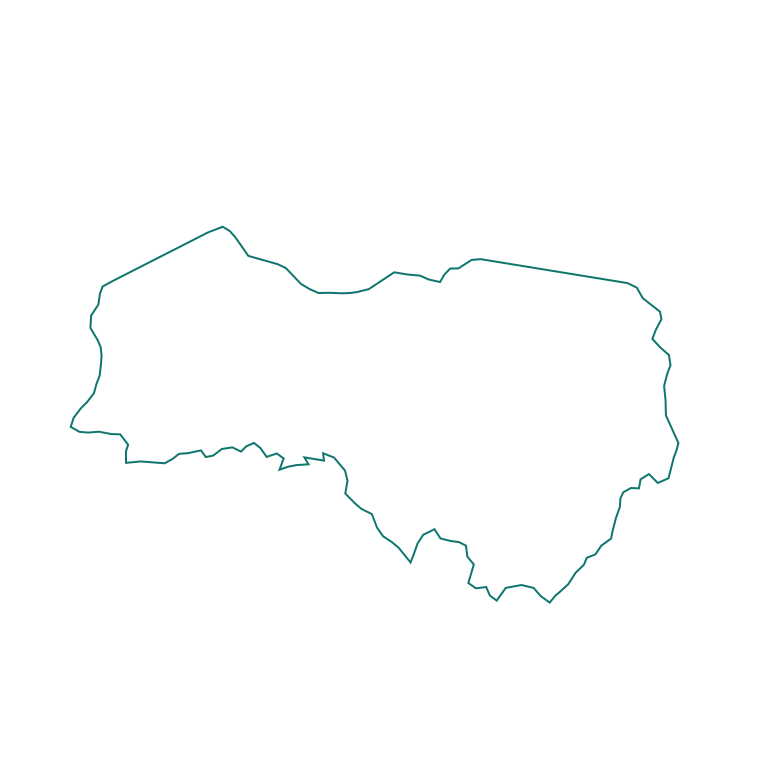 Rio Quente, Goiás, Brazil (Robinson projection), rotated 288°
{"feature_id": "56859067B50807905411121", "entity_name": "Rio Quente", "entity_type": "district", "adm_level": 2, "iso_a3": "BRA", "parent_name": "Brazil", "parent_adm1": "Goiás", "projection": "robinson", "projection_center": [-48.799, -17.825], "detail": "fine", "context": "isolated", "style": "outline", "palette": "teal", "viewbox_px": 768, "rotation_deg": 288, "n_neighbors": 0, "source": "geoboundaries", "source_scale": "gbopen_adm2", "svg_char_len": 1921}
<svg xmlns="http://www.w3.org/2000/svg" viewBox="0 0 768 768"><g transform="rotate(288 384 384)"><path d="M418.9,682.2L441.3,661.8L455.8,656.7L468.7,651.0L481.5,650.2L490.3,650.7L499.6,646.0L504.3,635.1L509.8,625.3L519.5,625.8L531.4,627.8L538.1,624.1L541.9,613.5L545.6,603.6L553.8,594.6L555.2,584.3L532.6,437.4L529.1,429.0L516.9,419.0L514.3,411.3L506.5,407.5L498.3,405.8L497.2,394.2L498.2,384.8L495.3,372.0L493.4,359.2L469.6,340.3L463.2,330.1L459.9,323.3L457.0,315.1L453.9,304.0L450.3,293.6L451.3,283.8L453.6,273.9L459.6,262.9L463.9,254.8L465.1,246.1L463.9,215.4L477.7,197.1L481.8,190.1L483.7,182.0L474.0,170.0L399.0,95.0L389.7,86.2L381.9,86.0L371.2,87.8L358.5,84.3L346.6,87.5L336.9,98.5L331.4,103.2L323.5,106.7L315.3,108.7L304.1,111.0L295.1,110.5L285.8,111.0L275.0,107.2L267.2,103.2L256.0,99.3L246.4,99.3L244.4,109.2L246.4,117.7L250.5,127.5L252.2,140.4L254.6,148.7L247.2,159.4L240.3,159.4L229.3,163.0L235.2,176.7L237.9,187.9L240.8,199.9L247.2,205.9L254.3,210.7L257.5,218.7L264.3,230.4L259.5,237.1L263.1,243.6L272.1,249.9L276.9,259.4L275.5,268.9L282.2,272.3L287.8,278.6L284.8,286.4L278.4,294.9L284.8,303.5L282.2,311.6L270.2,311.1L275.8,318.5L279.8,325.8L284.3,337.0L289.6,331.0L292.6,350.6L299.3,347.5L298.6,359.2L289.6,373.7L280.7,379.2L267.9,381.0L261.5,393.3L258.2,401.2L256.5,412.7L245.3,421.7L238.9,430.2L236.0,440.5L232.7,448.7L222.5,464.4L230.3,464.9L242.7,465.2L252.7,467.9L261.5,476.9L254.6,485.4L255.3,496.1L256.8,504.2L255.6,511.9L245.6,516.6L240.1,525.2L220.8,525.7L218.1,534.6L222.5,543.9L215.5,550.1L212.8,558.1L227.7,562.8L235.3,576.9L236.3,589.3L230.8,598.5L227.3,609.1L235.9,612.5L242.0,616.3L250.5,621.1L263.6,624.5L274.0,630.0L281.3,630.5L287.4,637.8L297.4,640.6L307.1,647.7L315.3,646.8L328.0,646.0L340.2,646.3L348.1,644.2L354.9,645.0L361.4,651.0L363.5,658.7L372.7,657.5L380.2,663.8L374.5,675.0L382.3,683.7L404.0,682.3L411.4,682.7L418.9,682.2Z" fill="none" stroke="#0f766e" stroke-width="2"/></g></svg>